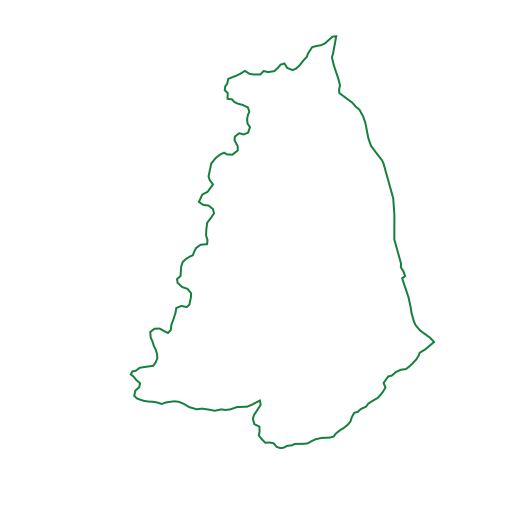 Riolândia, São Paulo, Brazil (orthographic projection), rotated 76°
{"feature_id": "56859067B96578254968742", "entity_name": "Riolândia", "entity_type": "district", "adm_level": 2, "iso_a3": "BRA", "parent_name": "Brazil", "parent_adm1": "São Paulo", "projection": "orthographic", "projection_center": [-49.714, -20.05], "detail": "fine", "context": "isolated", "style": "outline", "palette": "green", "viewbox_px": 512, "rotation_deg": 76, "n_neighbors": 0, "source": "geoboundaries", "source_scale": "gbopen_adm2", "svg_char_len": 2959}
<svg xmlns="http://www.w3.org/2000/svg" viewBox="0 0 512 512"><g transform="rotate(76 256 256)"><path d="M233.2,108.9L196.8,109.9L193.3,110.7L185.0,114.4L177.1,117.7L169.3,118.5L153.1,117.7L146.6,118.3L139.2,120.2L135.0,123.2L130.5,125.5L118.1,135.7L114.5,135.1L110.7,133.2L104.4,133.2L89.5,134.4L81.4,134.2L78.3,132.3L62.2,125.0L61.7,128.8L64.4,133.9L66.3,137.4L67.2,141.7L66.9,146.6L66.9,151.0L69.4,153.6L72.1,156.6L75.1,158.5L77.7,162.6L81.4,167.4L83.8,171.7L84.5,175.5L81.1,180.2L76.1,181.9L76.3,185.9L78.9,189.5L81.1,193.6L80.4,200.0L78.4,203.8L80.9,207.9L79.2,214.7L77.7,218.2L73.7,222.0L75.3,226.9L76.3,231.5L76.8,235.7L77.4,240.0L81.9,242.3L84.1,244.9L87.6,246.2L91.0,244.0L96.5,245.6L98.2,241.4L101.3,239.8L103.7,236.9L106.3,232.3L109.9,227.9L114.4,227.6L117.3,229.8L121.0,231.5L125.3,232.2L129.6,230.7L134.4,233.8L135.1,238.5L132.8,242.7L135.1,247.7L138.5,248.8L145.0,247.2L149.2,248.2L152.0,254.5L150.4,259.6L148.0,262.0L149.0,266.5L151.2,271.4L155.4,277.0L159.5,279.0L167.3,282.8L171.3,282.5L176.1,280.4L182.0,287.4L183.4,293.3L189.7,298.3L193.7,294.8L195.5,289.9L200.1,286.4L204.4,286.4L208.3,290.7L211.9,295.3L218.3,297.8L224.1,299.5L228.8,299.2L232.7,300.6L231.7,306.9L233.6,312.0L237.2,315.2L240.0,317.1L240.6,320.5L241.9,324.6L244.1,328.6L248.1,331.1L253.2,332.8L257.1,334.0L259.3,338.2L263.0,338.6L268.3,335.1L271.3,330.4L276.4,328.0L280.0,329.0L283.2,330.5L287.1,332.4L288.8,335.5L286.4,340.6L287.2,345.9L291.9,348.0L297.7,351.6L302.0,354.6L307.1,356.6L309.4,360.0L307.2,362.7L303.1,367.0L302.0,372.1L304.2,377.0L309.6,377.9L313.9,377.1L318.5,376.9L323.3,375.8L328.0,375.8L331.4,376.5L334.7,378.9L337.7,382.3L336.9,389.4L336.3,395.9L338.3,400.5L338.1,403.9L340.6,406.1L343.7,403.8L347.1,402.3L351.4,399.3L355.1,401.1L357.4,405.6L362.2,408.0L365.4,406.0L367.7,402.7L369.7,399.4L371.5,394.7L372.4,391.5L373.9,388.0L376.7,383.3L376.3,378.5L376.7,375.1L377.2,370.5L378.7,366.4L381.9,362.0L386.5,357.3L390.4,350.6L391.0,345.5L392.5,341.7L394.2,337.6L396.2,333.5L396.4,326.9L398.0,322.8L398.6,318.6L398.0,311.0L400.1,300.8L399.2,295.5L398.2,291.6L397.2,287.2L401.6,287.5L409.6,296.2L413.0,298.4L418.7,298.3L422.4,294.0L427.2,295.0L430.8,296.7L435.0,294.8L439.5,292.1L440.2,288.0L442.1,284.1L446.1,282.2L448.3,278.9L448.7,275.5L447.7,271.8L448.4,267.1L447.7,263.6L449.6,256.0L450.3,251.1L449.1,246.9L448.2,242.3L448.4,236.5L450.0,228.5L450.0,224.3L447.7,221.7L445.2,216.3L444.1,212.4L441.9,207.8L439.6,204.6L435.2,201.7L431.9,198.6L431.9,195.1L429.9,191.4L428.8,185.7L426.4,182.7L424.7,177.8L423.2,172.4L421.2,169.2L418.8,166.1L415.0,162.2L410.1,162.9L407.7,160.2L404.9,156.9L404.9,153.1L402.6,148.7L401.4,143.1L402.0,138.0L400.5,134.4L398.2,130.2L395.2,125.6L392.2,122.4L389.5,120.6L387.5,114.2L382.5,104.0L377.3,107.0L368.0,114.8L361.9,117.8L358.2,118.6L348.9,118.9L344.1,118.4L333.3,118.0L312.9,119.6L311.7,116.2L306.4,116.7L302.0,118.2L298.4,117.1L273.5,117.8L249.7,111.8L233.2,108.9Z" fill="none" stroke="#15803d" stroke-width="2"/></g></svg>